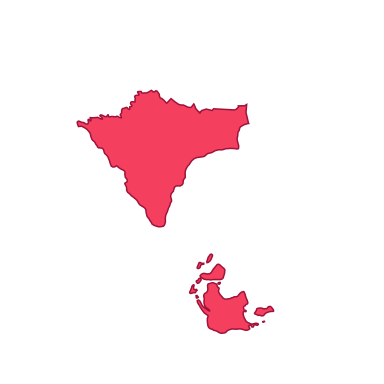 the district of Kokopo District, East New Britain, Papua New Guinea, rotated 124°
{"feature_id": "67681753B40757041944416", "entity_name": "Kokopo District", "entity_type": "district", "adm_level": 2, "iso_a3": "PNG", "parent_name": "Papua New Guinea", "parent_adm1": "East New Britain", "projection": "robinson", "projection_center": [152.359, -4.313], "detail": "fine", "context": "isolated", "style": "filled", "palette": "rose", "viewbox_px": 384, "rotation_deg": 124, "n_neighbors": 0, "source": "geoboundaries", "source_scale": "gbopen_adm2", "svg_char_len": 6079}
<svg xmlns="http://www.w3.org/2000/svg" viewBox="0 0 384 384"><g transform="rotate(124 192 192)"><path d="M130.5,282.6L133.3,283.8L135.3,285.2L137.8,288.6L137.8,289.2L137.1,290.3L137.5,291.1L139.0,293.0L139.6,293.0L140.1,292.4L140.3,291.3L141.1,290.3L141.6,290.5L143.1,292.4L143.9,293.0L145.1,292.8L146.1,291.4L147.7,290.7L148.7,289.6L149.2,289.6L149.9,290.5L150.2,291.6L151.1,292.6L151.9,292.9L152.7,292.7L153.4,292.0L153.7,290.5L154.5,289.9L155.2,290.3L156.0,291.2L156.4,291.2L158.3,290.0L158.8,290.5L158.8,291.8L158.3,293.2L158.7,293.9L160.7,295.2L161.7,296.3L163.5,296.1L165.8,294.6L167.8,294.8L168.5,294.3L168.8,293.1L170.0,292.1L170.8,294.1L170.8,295.8L171.4,296.9L172.3,297.2L174.1,300.6L176.1,302.7L176.1,303.2L174.9,304.4L175.3,305.0L177.3,305.0L178.1,306.1L178.6,309.7L179.3,311.0L180.3,311.0L180.9,307.8L181.4,307.2L181.9,307.2L182.6,309.1L182.6,310.6L183.0,312.2L185.6,315.2L187.2,317.9L188.7,315.9L189.7,315.8L190.1,316.6L189.2,317.9L189.7,318.5L190.4,318.5L192.6,316.6L193.4,316.4L194.2,316.8L194.9,317.9L194.9,320.4L195.8,322.2L196.5,325.5L197.5,326.2L198.6,326.1L200.7,323.6L201.2,322.7L199.2,320.3L198.8,317.2L198.8,313.9L200.0,309.9L200.7,308.8L203.0,306.3L204.5,304.0L205.0,300.5L206.1,298.6L206.8,296.5L207.6,295.2L207.6,294.2L206.1,291.4L206.1,289.4L208.4,286.7L208.9,285.8L209.1,283.9L209.9,281.4L212.1,278.1L214.5,275.2L215.7,273.3L215.5,271.5L214.4,270.1L212.3,269.1L212.7,266.8L212.7,263.6L212.3,261.1L212.5,259.4L213.2,258.5L214.7,257.7L217.0,255.6L218.0,252.8L219.1,251.7L220.3,251.7L222.3,252.6L223.3,251.5L223.7,250.2L225.1,248.6L227.1,247.1L227.7,246.2L228.2,245.1L228.5,242.1L229.0,240.4L229.3,235.1L229.7,233.0L231.5,229.1L231.8,227.7L231.6,223.0L232.0,221.3L232.5,220.4L234.9,218.3L237.1,215.9L237.7,214.7L238.4,212.3L239.2,211.0L239.9,208.9L240.9,207.2L240.9,205.3L240.4,202.9L239.5,200.2L238.2,198.4L236.2,196.5L234.2,196.5L231.7,197.3L227.9,199.9L225.9,200.8L221.5,201.6L218.2,202.6L215.8,202.8L213.5,203.7L211.4,203.7L210.0,204.5L207.7,207.2L205.2,208.3L201.8,207.9L198.2,209.1L197.1,209.0L195.9,208.5L195.0,207.5L194.1,205.9L193.5,205.1L191.6,204.2L190.1,204.2L186.7,205.9L183.8,205.7L179.2,208.9L176.9,209.7L173.1,210.1L171.1,209.7L166.4,209.7L163.6,209.0L162.1,208.2L160.6,207.1L156.5,202.5L155.1,201.5L152.5,200.9L151.3,200.4L148.3,197.7L144.5,195.7L142.0,193.4L140.4,190.9L139.0,189.5L137.5,188.5L134.4,184.6L132.2,181.0L131.2,178.8L130.5,178.0L129.9,177.8L127.7,179.0L123.6,183.7L121.9,184.8L120.0,185.4L117.6,186.9L116.5,187.3L114.7,187.3L112.3,188.2L111.0,188.3L108.7,187.3L107.0,186.4L104.4,184.3L103.5,183.3L103.1,183.9L95.9,191.7L88.9,195.6L91.2,196.7L94.7,201.8L95.7,201.0L98.5,201.5L100.2,202.7L111.0,220.7L113.1,220.8L115.3,226.6L119.2,229.6L119.8,229.4L120.8,230.0L120.9,229.7L121.7,229.4L122.2,229.8L120.8,235.4L118.1,239.4L118.0,239.8L121.4,239.9L122.9,240.6L123.9,242.6L124.7,247.8L126.0,249.7L126.8,252.0L126.8,256.2L126.3,261.6L132.5,262.6L132.5,263.3L131.7,266.3L131.5,267.6L131.4,269.8L131.8,270.7L131.7,271.3L129.9,273.4L129.3,273.7L127.9,277.3L128.4,278.7L130.1,279.2L130.7,280.4L130.5,280.8L130.5,282.6ZM267.2,66.0L266.7,65.2L266.2,63.7L265.7,63.1L264.7,63.0L264.2,63.7L265.0,65.6L268.2,68.6L269.0,72.5L269.0,74.2L268.7,75.4L266.7,79.0L265.1,80.8L263.7,82.0L262.9,82.4L262.1,82.2L261.1,80.5L260.4,80.5L260.1,81.2L260.6,82.9L259.6,84.2L258.8,84.8L257.8,85.0L256.5,84.3L255.0,84.3L253.8,83.5L252.6,83.7L251.0,85.6L249.2,88.4L246.7,91.3L245.7,93.0L245.7,93.7L247.4,95.0L249.4,95.6L253.2,95.9L255.5,98.6L257.2,99.5L257.8,100.2L259.3,101.0L262.2,104.4L262.5,105.1L262.5,107.0L261.2,111.7L260.4,113.4L259.4,114.5L258.0,115.3L257.2,115.3L256.5,115.9L256.4,117.4L255.9,118.5L254.6,120.0L255.1,122.1L255.1,123.0L256.1,124.7L259.2,127.2L260.6,127.0L264.0,124.3L265.9,123.7L267.5,123.9L269.0,124.7L270.3,124.7L271.5,124.3L273.8,122.0L275.8,121.1L277.6,119.7L278.9,118.2L279.6,117.1L279.9,116.0L279.9,113.0L280.2,111.3L280.7,110.9L281.1,111.6L280.9,118.8L280.4,119.5L280.4,120.1L278.1,124.1L277.8,126.0L278.1,126.5L279.3,126.9L280.3,125.9L281.4,123.9L282.3,121.6L282.8,121.0L284.2,117.7L285.4,114.1L285.5,109.7L286.4,109.0L288.2,108.6L290.2,107.3L293.2,104.8L294.5,103.3L295.1,101.8L295.1,100.5L294.5,97.9L294.5,96.7L293.5,93.9L293.4,90.7L292.8,88.8L290.6,86.2L289.5,85.5L287.1,85.1L286.0,84.5L284.0,83.0L283.1,82.1L280.6,78.0L279.0,76.3L278.0,74.4L276.6,70.1L275.3,68.6L273.2,67.6L272.5,68.2L271.5,70.1L270.3,69.9L269.7,69.0L269.7,68.2L270.3,67.3L270.3,66.5L269.7,65.8L268.8,65.8L268.3,66.1L267.2,66.0ZM256.4,130.7L255.1,128.9L254.6,127.5L252.6,125.3L248.9,119.7L247.8,118.7L246.6,118.2L245.6,118.2L241.3,119.5L238.5,121.0L237.8,121.8L237.5,122.9L237.3,125.5L236.9,127.8L236.9,129.3L237.5,130.2L238.2,130.6L244.0,131.2L247.8,131.0L250.0,131.7L251.6,133.8L252.6,136.4L253.6,137.5L255.3,138.3L256.8,138.5L257.6,137.7L257.6,133.4L256.4,130.7ZM254.1,72.4L257.4,72.4L257.9,72.0L257.2,68.1L256.2,66.6L255.8,65.0L254.9,63.9L254.3,63.6L251.4,63.2L249.9,62.4L247.6,60.6L245.5,57.9L245.0,57.8L244.1,58.7L243.1,61.7L243.1,63.2L244.3,64.5L246.3,64.7L247.1,65.1L248.8,67.3L249.1,68.9L250.1,70.7L251.6,72.4L252.8,73.0L254.1,72.4ZM270.7,132.8L270.2,133.7L271.4,135.0L271.5,135.6L271.4,136.3L269.7,137.7L268.7,137.8L267.9,138.4L268.0,138.8L269.0,139.3L270.0,139.3L274.2,138.2L276.3,138.0L277.0,137.2L277.0,136.7L276.2,135.6L274.7,134.6L273.8,133.1L273.2,132.9L271.8,133.1L270.7,132.8ZM236.9,142.1L241.5,140.8L242.2,140.0L241.2,139.1L238.9,138.5L237.4,138.5L233.4,139.3L232.7,139.9L232.6,141.0L233.4,141.9L236.9,142.1ZM247.8,143.8L246.5,143.2L245.3,141.9L244.5,142.4L245.7,144.1L245.8,145.8L246.5,146.6L251.5,145.6L252.2,145.1L252.1,144.1L250.8,143.2L249.7,143.2L247.8,143.8ZM264.4,137.7L264.6,136.4L263.9,135.6L262.2,135.2L259.9,135.2L258.9,136.0L259.1,137.1L259.9,137.9L261.9,137.7L262.9,138.6L263.6,138.6L264.4,137.7ZM277.3,129.3L277.3,128.6L275.8,127.8L275.5,128.2L275.0,130.1L275.7,130.7L277.3,129.3ZM253.4,119.1L253.4,118.1L252.9,117.6L251.7,117.6L251.2,118.0L251.3,118.3L251.8,118.9L252.7,119.5L253.4,119.1ZM260.2,60.7L260.2,60.2L258.9,59.4L258.7,59.8L259.9,60.9L260.2,60.7Z" fill="#f43f5e" stroke="#9f1239" stroke-width="1.5"/></g></svg>